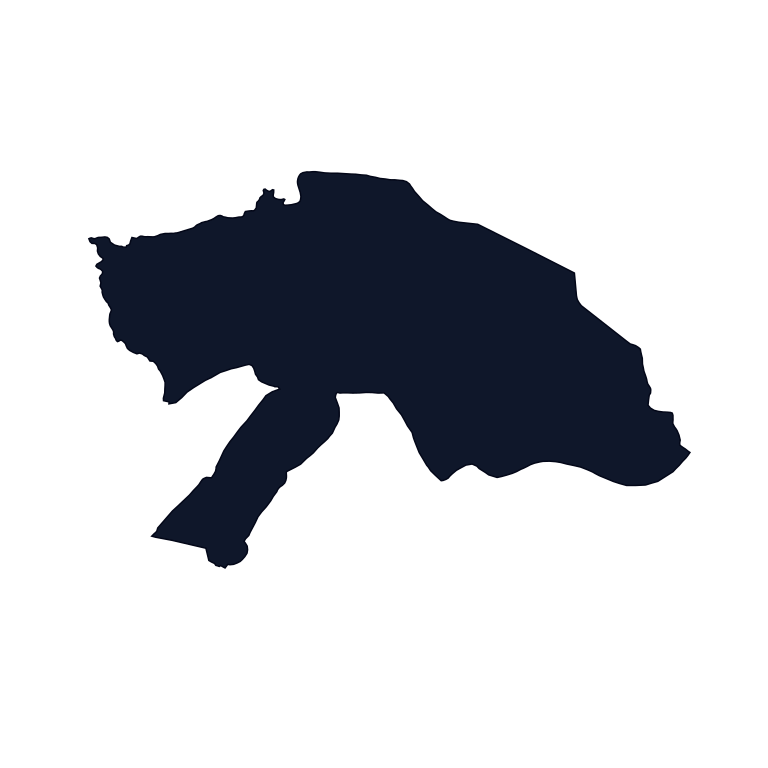 Chol Kiri, Kâmpóng Chhnang, Cambodia, rotated 278°
{"feature_id": "14789045B95522882738357", "entity_name": "Chol Kiri", "entity_type": "district", "adm_level": 2, "iso_a3": "KHM", "parent_name": "Cambodia", "parent_adm1": "Kâmpóng Chhnang", "projection": "mercator", "projection_center": [104.817, 12.155], "detail": "fine", "context": "isolated", "style": "filled", "palette": "ink", "viewbox_px": 768, "rotation_deg": 278, "n_neighbors": 0, "source": "geoboundaries", "source_scale": "gbopen_adm2", "svg_char_len": 6125}
<svg xmlns="http://www.w3.org/2000/svg" viewBox="0 0 768 768"><g transform="rotate(278 384 384)"><path d="M526.9,205.6L527.1,204.0L527.2,201.4L527.8,200.2L528.1,198.3L527.6,196.4L526.0,194.4L524.4,192.7L522.8,190.5L520.4,186.1L520.1,185.0L518.3,180.7L517.4,179.8L516.7,178.6L515.5,176.7L514.2,175.5L513.2,174.8L512.1,173.5L511.5,172.5L504.8,158.0L504.6,156.9L503.8,154.4L503.6,152.3L503.0,149.4L502.6,146.3L501.0,141.7L499.4,139.3L497.8,136.1L497.5,134.6L497.0,129.5L496.7,128.0L496.5,125.9L496.7,124.5L496.6,122.6L496.1,121.6L494.8,120.1L493.8,119.2L493.7,117.9L494.0,114.0L490.4,113.2L487.5,112.9L486.0,111.7L485.2,109.9L483.5,109.5L483.3,106.3L483.8,105.2L483.7,104.1L483.5,102.7L484.1,97.8L486.3,93.3L489.4,91.7L490.7,89.6L490.8,87.1L490.0,84.1L489.4,80.7L488.8,79.5L488.0,78.2L487.5,76.7L488.0,73.9L487.6,72.8L486.8,71.5L484.0,73.1L482.6,75.2L482.9,78.2L482.0,80.1L479.0,81.5L475.8,81.7L473.1,83.0L470.8,85.3L469.7,87.5L469.0,88.5L467.5,88.3L465.8,87.1L462.6,83.0L460.7,82.3L459.4,83.8L458.7,85.3L458.5,86.5L457.9,87.9L456.4,89.7L454.3,89.8L452.9,89.1L451.5,88.1L449.3,87.5L446.9,88.7L444.7,89.6L441.4,89.3L437.9,91.9L435.6,92.1L433.1,93.1L431.1,94.1L428.9,95.9L427.0,97.6L425.6,99.6L423.9,100.4L421.3,102.6L419.8,103.6L418.5,103.7L415.5,102.9L414.2,102.8L411.7,102.9L409.5,103.0L407.5,103.3L405.7,103.8L403.6,104.8L400.0,107.9L398.5,108.8L397.4,109.1L395.9,109.2L393.3,110.4L392.0,111.6L389.8,112.9L388.9,114.2L389.5,115.4L390.8,116.9L390.6,118.6L389.1,120.9L388.0,122.3L385.8,123.5L383.5,125.0L381.9,127.4L380.4,131.4L379.5,135.1L380.6,137.6L380.1,140.6L378.9,142.6L377.8,145.9L374.2,149.0L374.4,152.4L372.5,155.1L370.3,157.2L367.4,158.7L365.6,160.7L361.6,163.6L357.8,165.7L355.2,167.0L352.1,167.4L348.5,167.7L344.6,168.1L339.2,167.5L336.8,168.0L336.4,173.7L334.4,173.8L336.6,180.4L342.4,185.6L348.6,190.1L354.0,196.0L362.7,206.5L366.6,212.4L372.7,220.2L375.3,225.6L377.8,230.5L379.7,235.7L383.4,244.1L384.7,247.7L383.9,250.7L381.5,252.8L378.5,254.3L375.8,255.4L373.3,257.8L370.8,259.1L369.1,262.5L367.0,270.3L366.5,275.3L366.1,276.4L366.6,279.2L364.5,281.5L360.8,274.5L356.0,268.7L351.4,266.3L345.6,262.8L340.1,259.9L333.3,256.0L328.5,253.4L321.3,248.4L316.7,245.8L310.5,242.5L305.3,239.4L300.2,236.9L295.4,234.7L285.0,231.6L278.4,229.3L277.1,229.5L274.1,229.3L270.7,228.0L268.8,227.0L267.1,226.3L266.8,221.2L266.0,219.8L264.9,218.1L263.7,217.2L261.1,215.9L258.5,214.7L256.0,213.0L252.0,210.1L246.9,206.8L233.4,196.0L228.8,192.2L210.0,180.0L206.7,179.5L205.1,178.5L204.1,177.5L201.0,175.2L200.5,179.0L199.7,196.0L196.6,230.5L184.9,235.1L183.8,237.7L182.7,241.2L181.0,242.7L180.8,244.3L180.4,246.3L181.5,247.6L180.3,250.5L179.7,252.2L182.6,253.8L183.6,254.3L183.6,256.6L184.5,260.2L186.4,263.6L188.3,266.3L190.5,268.1L193.7,270.2L197.4,271.9L200.8,272.0L204.4,271.1L207.1,268.9L208.7,267.3L211.4,268.4L215.2,271.2L218.3,272.0L228.8,275.8L235.0,277.7L240.3,280.6L245.9,284.4L252.6,288.1L257.3,290.0L262.4,292.8L264.6,293.4L266.4,294.4L267.7,295.4L269.6,297.5L272.1,299.4L274.8,300.2L277.5,300.4L279.4,300.2L282.9,299.5L283.9,300.0L289.2,307.6L293.0,312.6L299.5,317.6L303.6,321.5L306.0,323.6L311.5,327.2L314.8,329.8L318.6,333.1L322.1,335.9L324.8,337.4L328.2,339.7L334.3,341.5L337.8,343.0L342.1,344.2L346.0,344.1L349.6,343.6L354.1,342.8L358.4,340.6L363.9,337.6L366.3,337.7L368.2,338.1L369.2,339.1L368.9,341.6L369.6,344.9L370.2,349.4L370.7,354.4L371.8,361.1L373.2,367.6L373.9,373.4L374.2,379.5L375.2,385.3L372.2,390.0L370.2,391.8L366.5,395.8L361.2,399.9L355.9,405.6L350.9,409.4L345.8,413.1L339.9,418.6L334.8,420.7L331.4,422.5L327.3,424.8L321.0,428.4L315.2,433.1L309.5,437.6L307.9,439.4L304.6,442.3L301.0,447.2L296.2,454.1L296.7,455.9L298.1,458.5L299.7,460.6L302.1,462.1L304.6,464.1L308.6,467.7L311.5,471.5L315.1,476.4L317.0,482.4L315.6,487.4L313.5,490.0L310.5,496.7L308.6,500.3L307.2,509.0L308.7,513.1L310.9,518.2L313.4,523.5L315.7,527.4L318.6,531.4L320.0,533.8L322.3,537.2L324.5,540.2L326.6,544.1L328.6,549.3L329.5,552.1L330.6,558.5L331.0,564.8L330.9,570.0L330.2,576.0L329.7,583.6L329.1,590.3L327.5,597.1L326.5,600.8L325.8,603.1L324.8,605.5L323.2,610.0L321.3,617.4L319.4,624.7L318.3,630.9L317.3,638.3L318.5,647.0L320.4,657.1L323.0,662.6L325.7,668.7L337.4,682.4L340.6,684.6L344.5,687.6L348.9,690.4L352.7,693.2L355.8,695.0L358.8,696.5L359.6,694.8L360.3,693.6L361.6,691.4L362.8,688.8L364.5,685.6L366.6,685.0L369.7,685.1L374.5,683.2L378.5,680.8L380.2,679.4L381.9,677.7L384.8,675.6L386.3,675.3L388.7,675.2L390.5,674.9L393.2,674.5L395.3,673.5L395.7,671.6L395.5,668.1L395.1,664.0L395.1,659.3L395.5,655.2L397.3,651.1L399.8,648.4L405.4,648.2L409.8,648.2L412.1,649.2L415.3,649.0L416.8,648.5L418.7,647.0L420.7,645.2L422.9,644.2L425.3,643.4L428.1,642.1L432.9,639.6L436.5,638.4L439.7,637.2L445.5,636.2L448.7,634.9L451.9,633.7L454.2,633.0L455.5,631.1L457.0,627.8L457.6,624.7L457.9,622.3L460.3,618.0L489.0,568.5L491.7,565.8L494.3,563.8L495.9,563.1L498.2,562.3L520.4,557.1L537.9,506.1L555.2,454.6L554.6,435.5L554.9,429.9L555.3,426.5L556.3,423.9L558.0,420.4L559.9,416.2L561.7,411.5L564.3,407.2L567.3,402.6L570.8,396.8L574.6,392.5L578.9,387.4L581.8,384.9L583.8,382.9L585.6,381.4L587.5,378.1L588.1,374.3L587.9,371.5L587.7,366.4L587.1,361.7L587.2,357.0L587.0,351.4L587.5,346.9L587.7,341.5L588.3,337.6L587.9,332.3L587.8,326.9L587.3,322.0L586.3,309.0L585.4,302.7L584.8,295.9L584.8,290.6L584.7,286.6L584.3,283.8L583.5,280.3L583.3,278.1L582.0,274.3L580.5,272.2L579.0,271.3L577.2,270.6L575.4,270.2L572.8,270.1L571.0,270.4L568.9,271.1L564.5,273.2L562.0,274.4L558.3,275.6L556.9,275.7L555.1,275.7L553.0,275.3L551.0,273.2L550.2,271.4L548.6,267.2L547.7,263.5L547.2,260.9L547.8,259.3L549.6,258.8L551.6,259.7L552.9,260.1L553.3,259.0L552.3,256.5L552.1,253.9L552.5,250.8L553.8,248.5L555.4,248.0L558.3,248.1L560.8,247.8L560.9,246.5L560.1,245.7L559.1,244.6L558.7,243.2L559.5,240.8L560.5,239.2L560.1,238.0L558.9,237.5L556.3,238.6L554.1,238.0L552.4,236.2L551.0,235.2L549.4,235.0L547.6,234.0L546.3,232.9L545.2,232.8L540.6,233.0L538.0,231.6L537.3,230.6L537.1,228.5L536.5,226.0L535.5,222.7L533.5,222.0L531.4,221.7L529.9,220.5L529.5,219.2L529.1,217.0L528.0,213.8L527.3,211.1L526.9,206.9L526.9,205.6Z" fill="#0f172a" stroke="#020617" stroke-width="1.5"/></g></svg>